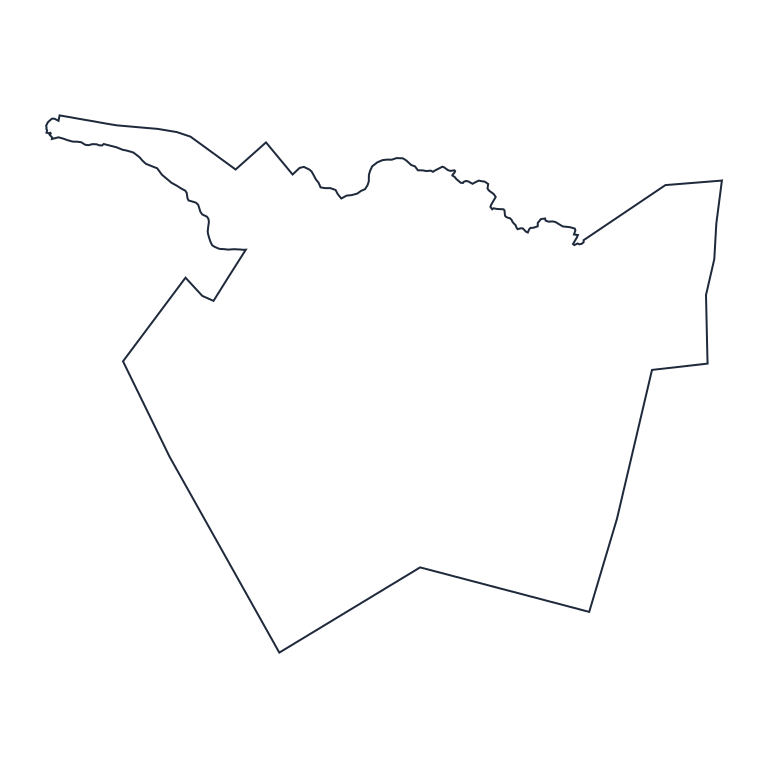 outline of San Jerónimo Taviche, Oaxaca, Mexico
{"feature_id": "50627088B38398266260275", "entity_name": "San Jerónimo Taviche", "entity_type": "district", "adm_level": 2, "iso_a3": "MEX", "parent_name": "Mexico", "parent_adm1": "Oaxaca", "projection": "orthographic", "projection_center": [-96.586, 16.703], "detail": "fine", "context": "isolated", "style": "outline", "palette": "slate", "viewbox_px": 768, "rotation_deg": 0, "n_neighbors": 0, "source": "geoboundaries", "source_scale": "gbopen_adm2", "svg_char_len": 2888}
<svg xmlns="http://www.w3.org/2000/svg" viewBox="0 0 768 768"><path d="M59.6,115.4L58.5,120.8L54.4,118.7L51.9,118.7L49.0,121.2L47.7,122.5L46.6,124.8L46.1,125.7L46.5,127.2L46.4,129.0L47.1,130.2L46.5,132.7L49.4,133.3L50.3,132.8L50.7,133.6L49.6,134.7L52.2,137.6L51.9,139.0L54.3,138.4L58.5,137.3L63.2,138.6L67.6,140.2L72.6,141.6L77.0,141.7L81.1,142.2L85.3,144.8L88.5,145.2L92.5,144.1L96.6,144.3L99.3,145.3L102.0,145.5L103.7,144.0L116.6,147.3L122.4,149.7L126.3,150.5L130.4,151.6L133.5,152.6L139.5,157.2L142.5,160.7L145.9,163.8L150.8,165.8L157.2,168.3L160.5,172.8L161.9,174.7L164.6,177.0L168.1,179.9L171.5,182.8L176.8,185.7L181.5,188.7L185.2,190.6L186.7,192.9L187.5,198.3L188.6,200.5L191.2,201.2L195.8,202.6L198.0,204.5L198.9,207.0L200.4,211.8L202.2,214.4L207.0,216.7L208.5,219.0L208.9,222.1L208.2,226.9L207.7,231.4L208.0,233.7L209.0,237.4L210.4,241.6L212.2,245.3L214.4,246.7L218.4,248.5L219.5,248.8L220.6,249.0L223.3,249.1L225.7,249.3L227.7,249.6L229.7,249.5L232.4,249.3L234.6,249.2L237.7,249.4L240.2,249.5L242.0,249.7L244.1,249.8L245.8,249.7L228.2,277.4L213.5,300.9L202.3,295.9L185.5,277.7L123.0,361.3L169.5,456.6L279.3,652.6L420.1,567.4L499.6,588.3L589.2,611.9L616.9,519.0L617.2,517.8L652.0,369.9L707.6,363.6L707.4,357.4L706.0,295.0L714.3,259.1L716.3,223.7L721.9,180.5L721.5,180.6L665.4,185.1L583.6,240.2L583.6,242.3L581.7,243.8L579.4,244.3L577.5,243.5L574.3,245.1L573.0,244.0L576.8,237.6L577.9,235.0L574.0,234.5L575.4,230.3L574.8,228.6L570.1,227.2L562.7,226.4L555.4,222.0L552.4,221.4L548.6,221.7L545.6,220.6L545.1,218.5L540.9,219.1L537.8,222.9L537.7,226.3L533.3,227.8L530.5,227.9L529.1,229.4L527.8,232.5L526.0,231.7L522.8,228.4L520.7,228.3L517.6,229.2L516.2,227.0L515.6,225.2L514.3,223.9L512.7,222.2L511.7,220.1L510.1,218.3L507.7,217.7L505.9,216.7L505.0,215.7L504.5,210.4L503.5,209.3L497.2,209.0L493.5,208.3L492.2,209.3L490.4,206.9L491.2,204.7L495.7,197.0L493.8,194.1L489.0,190.6L487.5,188.5L488.2,184.0L484.7,181.6L482.0,181.3L478.9,180.6L475.2,182.3L472.6,183.8L468.0,181.3L465.8,181.0L463.8,181.8L462.9,183.0L460.6,182.7L456.3,179.0L454.7,177.0L452.4,175.5L452.6,174.6L454.4,172.8L455.1,171.0L454.3,170.3L451.9,170.7L450.5,170.9L449.2,170.5L447.9,170.1L444.0,167.3L442.4,166.7L435.3,170.3L432.9,171.8L430.7,170.6L426.6,171.1L422.4,170.3L417.9,170.3L415.0,166.4L411.2,165.0L406.2,160.4L402.8,158.3L396.5,158.1L391.8,159.7L387.2,159.6L382.6,160.1L377.4,162.3L372.2,166.3L370.0,171.0L368.9,175.1L368.8,181.3L367.5,185.3L365.0,189.2L361.2,190.8L357.2,193.6L351.7,195.1L346.6,195.6L341.3,198.5L337.8,194.2L335.6,190.0L330.3,188.1L324.9,188.1L320.6,187.4L318.5,182.6L315.8,179.3L313.8,175.4L311.7,171.7L309.6,169.7L303.9,166.9L299.6,167.9L292.6,174.5L266.0,142.4L235.6,169.5L190.6,136.7L176.9,132.1L157.8,128.9L144.8,127.8L116.5,125.3L109.2,124.1L105.6,123.5L104.6,123.3L100.0,122.5L93.0,121.2L86.4,120.1L79.5,118.9L71.7,117.5L59.6,115.4Z" fill="none" stroke="#1e293b" stroke-width="2"/></svg>